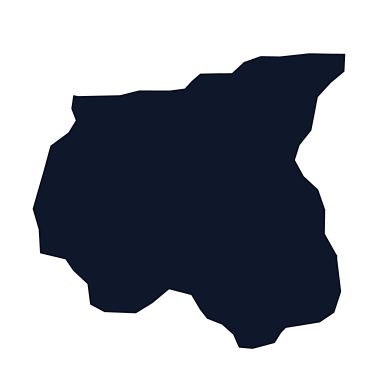 Sävsjö, Jönköping, Sweden (Natural Earth projection), rotated 185°
{"feature_id": "70781695B29308499168486", "entity_name": "Sävsjö", "entity_type": "district", "adm_level": 2, "iso_a3": "SWE", "parent_name": "Sweden", "parent_adm1": "Jönköping", "projection": "natural_earth1", "projection_center": [14.593, 57.347], "detail": "fine", "context": "isolated", "style": "filled", "palette": "ink", "viewbox_px": 384, "rotation_deg": 185, "n_neighbors": 0, "source": "geoboundaries", "source_scale": "gbopen_adm2", "svg_char_len": 885}
<svg xmlns="http://www.w3.org/2000/svg" viewBox="0 0 384 384"><g transform="rotate(185 192 192)"><path d="M114.2,334.3L116.6,333.9L135.2,332.6L151.1,325.4L162.2,313.1L176.2,311.8L193.8,309.9L201.3,302.1L207.8,293.7L222.7,290.4L253.4,287.8L272.0,281.4L313.8,276.8L318.0,277.3L318.7,264.6L313.1,253.1L319.7,240.0L336.4,225.3L340.8,200.7L348.5,161.4L340.7,141.4L337.6,120.1L337.3,118.4L311.8,114.6L303.0,103.8L287.4,91.6L283.0,71.6L268.6,65.5L237.6,67.0L222.1,78.5L206.6,93.9L183.3,90.0L173.4,76.2L165.6,67.8L150.1,63.2L137.9,54.0L131.3,41.8L118.0,41.8L104.2,46.8L97.0,49.4L91.4,60.2L87.0,65.5L53.7,73.9L40.4,84.7L35.5,105.8L42.2,137.5L42.6,141.3L42.9,141.3L56.8,161.7L58.5,185.7L67.1,204.9L82.7,217.0L93.1,232.6L89.6,248.3L79.2,264.0L77.5,279.7L75.7,297.8L63.6,313.5L51.4,325.6L52.1,342.2L67.3,341.0L86.9,339.7L114.2,334.3Z" fill="#0f172a" stroke="#020617" stroke-width="1.5"/></g></svg>